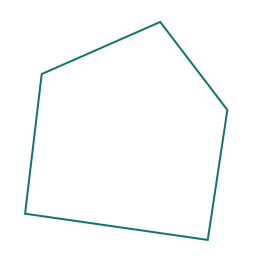 map outline of Swain's Island (Albers equal-area conic projection), rotated 183°
{"feature_id": "ASM-5001", "entity_name": "Swain's Island", "entity_type": "state/province", "adm_level": 1, "iso_a3": "ASM", "parent_name": "American Samoa", "parent_adm1": "", "projection": "albers", "projection_center": [-171.079, -11.059], "detail": "fine", "context": "isolated", "style": "outline", "palette": "teal", "viewbox_px": 256, "rotation_deg": 183, "n_neighbors": 0, "source": "natural_earth", "source_scale": "10m", "svg_char_len": 233}
<svg xmlns="http://www.w3.org/2000/svg" viewBox="0 0 256 256"><g transform="rotate(183 128 128)"><path d="M226.3,37.0L217.0,177.4L101.4,235.6L29.7,151.2L42.5,20.4L226.3,37.0Z" fill="none" stroke="#0f766e" stroke-width="2"/></g></svg>